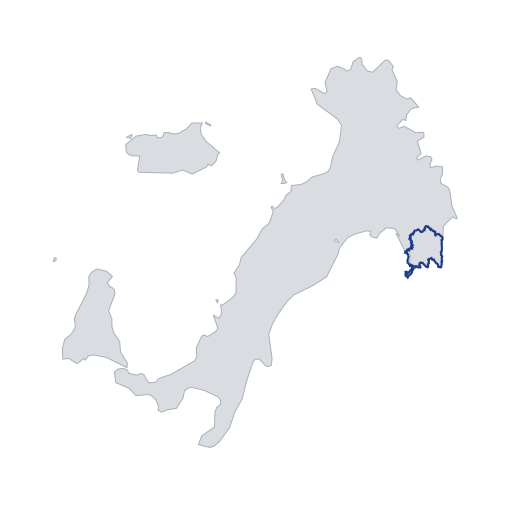 location of Friuli Venezia Giulia, Udine, Italy, rotated 83°
{"feature_id": "23120603B53770696546298", "entity_name": "Friuli Venezia Giulia", "entity_type": "district", "adm_level": 2, "iso_a3": "ITA", "parent_name": "Italy", "parent_adm1": "Udine", "projection": "natural_earth1", "projection_center": [13.386, 46.114], "detail": "fine", "context": "in_parent", "style": "outline", "palette": "blue", "viewbox_px": 512, "rotation_deg": 83, "n_neighbors": 0, "source": "geoboundaries", "source_scale": "gbopen_adm2", "svg_char_len": 9181}
<svg xmlns="http://www.w3.org/2000/svg" viewBox="0 0 512 512"><g transform="rotate(83 256 256)"><path d="M84.5,96.6L87.8,98.3L100.4,94.5L108.0,96.7L114.4,93.1L118.6,87.4L117.8,83.2L127.9,76.4L128.8,84.1L134.3,89.4L139.7,90.7L138.4,93.8L143.7,100.3L145.9,99.7L146.6,98.5L145.3,93.1L153.1,82.5L153.5,75.2L154.9,74.4L158.6,74.9L161.6,81.8L174.2,79.6L178.5,84.8L180.5,83.8L177.3,74.9L178.9,70.4L182.2,69.6L184.5,71.7L189.3,72.3L189.6,69.6L188.4,67.8L190.2,60.1L197.4,60.8L201.6,63.6L206.6,63.5L211.0,57.3L214.3,55.8L230.5,55.4L242.6,51.7L243.5,52.5L241.4,55.4L242.1,57.4L249.2,66.4L289.2,73.5L288.6,75.7L280.0,81.3L279.4,83.5L280.7,85.4L287.2,86.8L282.7,92.2L282.7,94.2L286.2,94.5L285.7,101.0L289.9,103.0L294.6,108.7L289.9,109.7L291.8,108.2L287.1,102.6L282.1,105.0L274.1,102.6L268.7,107.8L250.3,114.4L253.5,111.4L252.2,111.4L245.5,115.3L243.9,123.2L249.0,131.1L253.1,133.9L251.2,138.7L248.7,140.5L245.5,139.2L244.5,143.5L246.2,154.9L249.0,163.0L258.1,172.0L264.8,174.8L285.2,188.5L292.6,203.9L299.1,223.1L304.5,230.3L315.7,240.6L325.9,248.2L335.4,252.9L360.2,252.6L366.5,254.3L367.3,257.6L366.2,259.8L358.8,265.2L358.4,269.5L361.9,272.5L378.9,280.5L396.3,287.2L408.1,295.9L423.3,303.3L435.3,314.5L439.5,320.4L440.4,325.0L437.6,332.9L436.1,336.2L427.7,331.6L420.7,318.1L405.9,315.7L401.5,313.4L399.0,309.3L394.3,308.8L391.1,311.0L383.1,323.7L378.9,334.7L378.6,339.1L381.1,343.4L388.3,345.8L397.5,353.6L397.9,363.3L399.6,368.7L397.3,371.9L392.6,371.1L386.4,373.0L382.1,376.6L380.3,380.0L380.0,392.1L371.7,398.4L364.6,410.6L354.0,410.7L351.5,406.9L351.4,401.3L353.2,397.9L357.0,396.3L359.6,389.1L358.7,384.0L360.2,381.7L368.8,378.2L369.1,371.0L365.8,367.7L363.1,354.7L352.4,329.5L349.0,327.0L339.8,326.4L328.9,319.7L328.2,316.9L330.0,314.2L328.8,310.6L325.3,304.2L323.0,302.7L309.6,305.5L313.4,300.3L308.6,297.0L300.3,297.1L300.4,294.8L294.5,284.5L290.5,280.4L275.3,278.3L270.3,280.0L262.8,273.5L256.0,271.1L238.6,252.6L230.3,247.0L225.0,238.9L214.4,233.6L209.6,234.9L208.4,233.9L211.0,232.3L210.5,229.2L203.4,221.2L199.2,218.6L196.3,213.5L190.3,212.2L190.6,203.0L188.4,196.4L184.5,190.8L182.3,177.5L180.6,173.8L176.3,171.0L166.5,167.8L153.0,159.3L136.9,155.2L130.2,158.2L112.9,176.6L97.0,180.9L96.7,177.0L103.0,168.5L101.8,165.3L91.9,166.3L79.2,158.6L77.6,151.8L81.4,145.3L83.6,143.7L82.5,139.4L74.8,135.7L71.8,130.0L71.6,128.1L73.6,127.0L78.2,127.4L85.6,123.3L87.8,117.8L77.3,103.8L77.8,100.9L84.5,96.6ZM251.7,175.6L252.3,172.2L249.0,174.3L249.9,175.9L251.7,175.6ZM351.1,397.7L338.5,416.8L334.3,429.7L334.8,434.7L338.5,438.2L336.7,439.6L340.6,445.7L340.6,447.4L334.9,454.3L334.8,460.3L324.1,459.4L315.3,455.9L311.0,449.0L307.5,446.1L303.8,443.8L296.2,443.9L292.9,442.5L272.7,428.9L264.9,425.3L255.9,424.4L252.3,421.4L249.4,415.4L253.0,406.2L258.9,401.0L264.3,406.9L268.9,404.9L269.2,403.1L272.4,400.7L276.6,400.7L292.4,409.0L300.7,406.7L308.3,407.6L315.2,406.5L324.2,401.7L334.7,402.2L346.8,396.7L351.1,397.7ZM161.7,294.3L166.9,309.4L161.7,318.5L163.6,328.4L158.6,362.1L156.2,363.1L142.6,359.2L141.4,367.0L139.6,370.1L136.9,372.1L129.5,371.6L122.4,360.5L122.0,349.6L123.5,346.4L123.8,340.1L126.6,339.7L126.9,335.5L125.3,333.2L122.5,332.4L122.7,327.6L124.7,324.0L124.8,317.6L121.2,309.4L116.2,303.4L117.5,293.1L121.8,295.7L128.3,295.6L136.2,291.6L149.2,279.5L150.9,281.7L156.3,283.7L161.2,289.0L159.2,292.3L161.7,294.3ZM186.5,216.5L187.6,218.9L187.2,222.2L184.6,220.3L178.2,221.1L177.6,219.4L185.4,217.9L186.5,216.5ZM124.2,366.0L122.3,369.9L120.4,364.8L120.7,364.1L124.2,366.0ZM121.4,285.6L118.4,289.9L116.9,289.7L120.6,284.8L121.4,285.6ZM237.0,457.6L233.4,456.7L233.3,454.7L236.1,455.0L237.0,457.6ZM297.7,299.9L294.8,301.1L294.9,299.0L297.7,299.9Z" fill="#d9dde1" stroke="#a8b0b8" stroke-width="1"/><path d="M270.9,107.6L271.1,106.8L272.3,105.8L272.5,105.5L272.3,105.4L273.0,105.2L273.4,104.9L274.9,104.8L275.3,104.6L275.5,104.8L275.6,105.2L275.6,104.9L276.7,105.2L278.3,106.1L278.6,106.2L279.0,106.0L279.7,106.4L280.3,106.2L281.1,106.3L281.1,106.1L281.8,105.7L282.0,105.3L282.2,105.2L281.9,104.9L282.3,105.2L282.7,105.2L284.1,104.5L284.8,104.4L284.8,104.2L283.9,103.9L283.6,103.6L283.9,103.5L283.8,103.4L283.9,103.2L283.9,102.6L284.5,102.1L284.7,102.3L284.5,102.0L284.3,102.2L284.1,102.0L284.0,101.9L284.2,102.0L284.4,101.8L284.6,101.9L284.1,101.3L284.9,102.2L285.1,102.1L284.9,102.2L284.9,102.4L285.6,102.5L285.6,102.2L286.3,102.6L287.2,102.6L289.6,105.0L289.6,105.3L290.3,105.5L290.9,106.1L290.9,106.3L291.4,107.2L291.1,107.5L291.0,107.4L290.9,107.3L290.6,107.7L291.2,107.9L291.0,108.0L291.3,108.1L291.3,107.8L291.5,107.9L291.5,108.0L291.6,107.9L291.7,108.0L291.5,108.3L291.9,108.7L291.8,108.8L291.6,108.7L291.5,108.8L292.3,108.9L292.8,108.7L292.5,108.9L292.6,109.0L292.3,108.9L292.2,109.1L292.3,109.1L291.9,109.3L291.3,109.0L290.3,108.9L289.9,109.0L290.0,109.5L290.7,109.3L291.9,109.9L293.6,109.9L293.9,109.9L294.0,109.6L294.4,109.4L294.4,108.9L296.0,108.0L295.5,107.6L294.4,107.0L293.4,105.9L293.3,105.7L293.4,105.4L293.4,105.1L292.7,104.5L292.2,103.7L291.3,103.4L291.2,103.2L290.7,103.2L290.3,103.0L290.2,102.8L289.4,102.4L288.6,101.7L288.5,101.8L288.3,101.5L287.3,101.5L287.3,101.4L286.9,101.6L286.0,101.2L286.1,100.7L285.8,100.1L285.4,99.6L285.7,98.7L286.0,98.6L285.9,98.0L286.1,98.1L286.0,97.9L286.5,97.6L286.8,96.9L287.3,96.2L287.2,95.6L287.5,94.3L287.2,94.1L286.8,94.3L285.9,94.1L285.5,94.3L285.2,94.9L284.6,94.9L284.4,95.1L284.0,95.0L283.9,94.7L283.7,94.7L283.2,94.5L282.4,93.4L282.5,93.2L282.9,93.1L283.3,92.4L283.4,91.9L283.0,91.8L283.0,91.4L284.0,91.1L284.4,90.7L284.5,90.5L285.3,90.2L285.7,89.8L286.0,89.6L286.2,89.3L287.5,88.4L287.9,87.8L287.8,87.4L288.1,87.1L288.1,86.7L287.2,86.3L286.6,86.5L285.8,86.3L285.4,86.5L285.2,86.5L285.2,86.1L284.7,85.6L284.0,85.4L284.0,85.2L283.2,85.3L283.0,85.2L282.6,85.0L281.4,84.9L281.5,85.4L280.8,85.7L280.3,85.3L280.6,85.0L280.4,84.9L280.7,84.6L280.4,84.4L280.0,83.8L279.8,82.8L279.6,82.4L279.4,82.4L279.3,82.1L280.1,82.0L280.3,81.8L280.6,81.8L280.5,81.4L280.8,81.1L281.2,81.2L281.5,80.8L281.6,80.7L281.2,79.9L281.2,79.7L282.2,79.6L282.6,79.3L283.6,79.0L283.6,78.8L283.9,78.6L284.2,78.7L284.4,78.5L285.1,78.2L285.5,77.8L285.5,77.1L286.1,76.6L287.7,76.3L287.8,76.6L288.9,76.6L289.2,75.9L289.0,75.5L289.5,75.0L289.3,74.9L289.4,74.5L289.3,74.3L289.7,74.0L289.6,73.4L288.6,73.4L287.5,73.0L287.0,72.6L286.1,72.5L285.2,72.7L285.2,72.4L285.0,72.2L284.4,72.2L283.7,72.4L283.5,72.1L283.3,72.1L283.2,71.7L282.3,72.0L280.8,72.0L280.3,71.9L280.3,71.5L279.2,71.2L279.1,71.4L279.2,71.6L278.4,71.5L277.6,72.3L276.9,71.9L276.6,72.0L276.1,71.9L275.8,72.0L275.6,71.9L275.2,72.2L274.9,72.2L274.5,71.5L273.7,71.4L273.3,71.2L273.0,70.8L272.3,70.9L270.4,70.3L269.2,70.6L268.8,70.5L268.5,70.3L267.5,70.4L266.5,70.1L266.3,70.3L265.6,70.0L264.4,70.1L263.7,70.0L263.2,70.1L262.8,70.0L262.9,69.3L262.7,69.1L262.3,69.3L261.8,69.1L261.6,68.7L260.4,68.5L260.1,68.9L258.9,69.5L258.9,70.3L258.3,70.4L257.3,71.5L257.0,71.3L256.7,71.4L256.3,72.3L256.2,73.0L256.4,73.5L256.5,73.5L256.5,74.2L257.3,74.9L257.5,75.5L257.3,75.6L256.9,75.3L256.2,75.2L255.8,75.6L254.6,75.1L253.8,76.0L253.5,75.6L253.4,75.8L253.4,76.2L252.7,76.5L252.3,77.2L252.5,77.7L251.9,78.1L251.6,78.5L251.2,78.5L251.4,79.3L251.1,79.3L251.2,79.5L250.3,80.0L250.0,79.9L250.1,80.4L249.8,81.0L249.8,80.8L248.8,80.8L248.0,81.3L248.2,81.5L248.0,81.8L248.1,82.3L247.3,82.7L247.0,83.2L247.1,83.8L247.4,83.9L247.6,84.4L248.0,84.5L248.6,85.0L249.5,84.8L249.7,85.0L249.5,85.5L250.9,85.6L250.7,86.0L250.9,86.7L251.4,87.2L252.2,87.6L252.4,88.1L252.4,88.6L252.2,88.8L252.3,89.0L252.0,89.6L251.5,89.9L251.6,90.0L251.4,90.1L250.6,90.4L249.9,91.3L249.7,91.4L249.6,92.0L249.4,92.1L249.9,92.6L250.0,93.4L250.3,93.9L250.2,94.9L250.1,95.4L250.2,95.7L251.0,95.9L251.1,95.7L251.1,95.9L251.4,96.0L251.3,96.3L251.8,96.6L252.6,96.7L252.7,97.2L253.2,97.4L252.7,97.7L253.1,98.2L253.5,98.2L253.5,98.4L253.4,98.4L253.5,98.5L253.5,98.8L253.4,99.0L254.0,99.1L254.1,99.3L254.0,99.5L254.3,99.6L254.0,99.9L254.2,100.1L254.1,100.3L254.3,100.5L254.5,100.2L254.7,100.5L254.9,100.5L255.1,100.9L255.3,100.9L255.3,100.7L255.5,100.6L255.3,100.3L255.8,100.0L255.7,100.1L256.0,100.3L256.5,100.3L256.4,100.5L256.6,100.8L257.0,100.7L256.9,101.0L257.2,101.1L257.0,101.4L257.7,101.8L258.6,101.1L259.5,100.0L259.9,100.4L260.6,99.8L260.7,99.5L261.0,99.4L261.5,99.7L261.8,99.7L261.6,100.2L261.7,100.6L261.9,100.7L262.2,100.5L262.2,100.2L262.8,99.9L262.8,99.6L263.5,99.5L263.8,99.7L264.0,99.5L264.0,99.8L263.8,100.2L264.0,100.3L264.0,100.5L264.5,100.7L265.0,100.3L265.2,100.5L265.3,100.3L265.6,100.8L266.2,100.7L266.5,100.6L266.3,100.3L266.3,99.8L266.6,99.6L266.8,100.1L267.1,100.1L266.9,100.4L267.0,100.6L267.3,100.5L267.0,100.7L267.6,100.9L267.4,101.1L267.3,100.9L267.1,100.9L267.0,101.2L267.2,101.6L267.3,101.6L267.5,101.4L267.5,101.6L266.9,101.8L267.3,102.1L267.3,102.4L267.6,102.4L267.8,102.7L268.2,102.9L267.8,103.0L267.9,103.3L267.8,103.5L268.3,103.8L268.3,104.0L268.0,104.2L268.0,104.4L268.3,104.2L268.7,104.0L268.6,104.3L269.0,104.5L269.0,105.1L269.2,105.3L268.9,105.4L269.2,105.6L269.3,105.5L269.1,105.9L269.4,106.2L269.7,106.2L269.8,106.4L269.7,106.8L269.7,107.1L270.3,107.0L270.2,107.3L270.5,107.3L270.9,107.6ZM291.1,106.8L291.2,107.1L291.1,106.8ZM290.5,108.6L290.4,108.0L290.5,108.6Z" fill="none" stroke="#1e3a8a" stroke-width="2"/></g></svg>